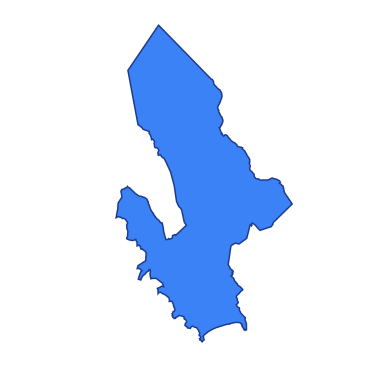 the district of Fljótsdalshérað, Austurland, Iceland, rotated 126°
{"feature_id": "244011B83679589752148", "entity_name": "Fljótsdalshérað", "entity_type": "district", "adm_level": 2, "iso_a3": "ISL", "parent_name": "Iceland", "parent_adm1": "Austurland", "projection": "albers", "projection_center": [-14.894, 65.096], "detail": "fine", "context": "isolated", "style": "filled", "palette": "blue", "viewbox_px": 384, "rotation_deg": 126, "n_neighbors": 0, "source": "geoboundaries", "source_scale": "gbopen_adm2", "svg_char_len": 6031}
<svg xmlns="http://www.w3.org/2000/svg" viewBox="0 0 384 384"><g transform="rotate(126 192 192)"><path d="M135.2,120.1L134.8,120.6L133.7,121.8L133.7,123.9L133.4,124.7L133.6,125.7L133.6,126.3L133.1,126.5L132.2,126.3L131.6,127.5L131.6,128.7L132.1,131.5L133.2,133.7L133.3,135.0L133.5,135.3L134.1,135.8L136.0,136.6L138.0,137.9L140.4,141.5L142.1,143.4L142.4,144.6L142.2,145.8L143.4,147.3L143.6,147.8L143.5,148.5L143.2,149.4L143.2,150.4L142.9,150.9L141.4,151.9L141.1,152.3L140.9,153.5L140.9,154.0L140.4,155.0L140.4,156.6L139.9,158.5L139.2,159.0L136.6,160.3L135.2,162.6L133.7,162.8L133.1,163.6L131.8,164.4L130.7,166.8L130.1,168.9L129.0,170.5L128.7,171.7L127.9,173.1L127.5,176.4L126.6,176.9L126.6,177.3L126.9,177.6L126.7,178.1L128.0,180.8L128.3,182.1L127.4,183.7L127.4,184.4L127.1,185.4L127.2,186.9L127.6,188.5L127.4,189.2L127.5,190.6L127.1,192.1L126.7,192.7L126.7,193.9L125.7,196.7L125.7,197.6L125.9,198.3L126.5,199.0L128.2,199.3L127.8,200.8L127.2,201.7L127.8,202.4L126.8,202.7L126.0,204.7L125.4,205.3L125.2,205.8L124.5,206.5L124.0,207.9L122.9,207.3L120.0,207.6L117.5,208.2L115.8,209.1L113.7,212.1L113.7,212.8L113.3,213.9L112.3,215.5L111.5,217.4L110.3,218.2L110.1,218.6L110.1,219.2L108.6,220.9L108.0,221.3L102.8,222.0L100.7,222.8L99.1,223.1L96.9,224.0L94.5,226.3L93.0,229.4L93.2,230.5L93.1,232.4L92.5,234.7L92.3,236.3L91.6,238.1L90.1,239.4L89.4,240.8L89.0,241.9L89.4,243.0L76.7,317.1L131.3,315.3L169.2,275.3L169.3,270.4L169.9,268.7L169.9,268.1L169.3,265.9L168.2,262.4L168.2,262.0L169.6,261.4L170.4,259.2L171.9,257.0L173.4,255.5L172.3,254.8L172.8,253.4L172.7,252.8L172.9,252.6L173.5,251.8L175.0,251.2L176.3,249.7L177.5,248.8L177.7,248.1L177.6,247.6L177.0,246.6L176.7,245.3L177.7,243.4L180.1,242.7L181.3,241.8L182.1,240.8L180.5,239.6L180.5,239.0L181.3,237.3L181.4,236.0L181.3,234.4L181.6,233.3L188.3,221.2L197.3,210.1L208.8,198.9L211.0,195.1L211.5,193.9L211.8,192.1L212.5,189.9L220.8,180.7L222.3,177.0L236.6,179.7L236.6,180.0L236.4,180.6L236.5,180.8L238.7,182.1L240.9,180.9L242.5,181.7L243.4,182.6L243.2,183.0L243.3,183.4L243.8,183.3L244.5,183.7L245.9,185.1L241.0,191.3L237.4,194.7L234.5,198.0L235.2,198.8L235.3,199.1L235.0,199.7L235.2,200.0L234.4,201.8L234.3,202.6L234.5,203.4L234.3,203.7L234.4,204.0L233.9,206.2L233.9,206.8L233.3,207.3L233.4,207.8L233.2,208.6L232.9,209.3L232.9,209.6L232.5,209.9L232.1,210.6L232.2,211.0L231.9,211.4L232.0,211.6L231.2,213.4L231.3,213.7L230.3,215.2L230.2,215.7L229.5,216.5L229.2,217.2L228.8,217.4L228.1,218.9L227.6,219.2L227.1,220.3L226.7,220.6L226.4,221.2L225.7,221.5L225.5,222.6L225.1,222.8L225.0,223.5L224.6,223.7L224.5,224.4L224.3,224.6L224.4,225.0L224.2,225.9L224.3,226.2L224.3,227.1L224.7,227.9L224.7,228.1L224.9,228.4L224.9,229.0L225.2,229.6L225.4,230.7L226.3,232.2L226.4,232.8L226.5,236.9L225.4,244.5L225.4,245.0L225.7,246.2L225.5,247.4L226.0,247.2L228.7,248.6L229.1,248.5L231.3,250.3L233.2,249.9L237.2,245.7L244.3,245.3L249.0,242.3L257.4,238.3L255.8,237.6L255.2,236.8L254.2,234.1L254.4,232.8L253.4,231.5L253.2,230.9L253.3,229.5L254.7,225.9L257.3,225.4L258.5,224.1L259.7,223.4L260.6,221.9L261.7,220.6L266.0,218.0L267.2,217.9L268.1,217.5L268.1,216.4L267.9,215.5L266.6,212.2L265.7,211.0L263.3,209.6L264.2,208.7L265.0,206.9L267.9,204.7L266.7,204.2L266.1,202.5L268.2,199.7L268.0,199.2L267.3,198.9L267.5,197.8L267.4,197.1L267.6,196.2L267.4,195.0L268.1,193.4L274.8,189.1L283.4,192.4L286.2,191.3L284.9,189.9L285.1,186.1L286.5,186.5L289.3,185.9L294.1,184.2L293.3,181.7L289.6,182.6L285.3,181.6L283.9,181.7L280.8,180.5L280.5,180.9L280.1,181.1L279.4,180.5L280.7,178.9L283.0,177.8L284.1,176.8L286.4,174.3L285.6,173.7L283.0,170.4L283.0,167.2L283.2,162.2L283.3,162.0L285.3,159.2L285.5,159.5L285.7,160.7L286.0,161.2L288.2,162.0L290.3,163.4L291.2,162.0L294.0,159.8L293.1,159.8L291.6,158.7L291.5,158.2L291.6,156.6L290.9,153.1L291.2,148.3L292.9,146.6L293.9,146.1L292.6,144.6L292.2,143.9L292.9,142.8L293.7,141.2L295.5,139.3L296.6,137.2L297.1,137.0L297.5,136.5L298.9,136.2L299.3,136.4L299.6,136.9L300.0,137.0L301.3,136.4L302.2,136.6L302.5,135.7L303.8,135.4L303.9,134.5L304.7,133.7L304.4,132.8L304.5,132.0L304.7,131.9L304.2,131.5L303.8,131.0L303.2,131.3L302.4,131.2L301.8,130.9L301.4,130.3L300.2,130.3L299.4,129.6L298.3,127.1L297.7,125.3L298.2,124.5L299.2,123.9L299.1,121.9L299.5,120.8L299.9,120.3L300.3,120.0L302.1,120.1L303.8,119.5L304.1,119.2L304.2,118.6L303.9,117.1L304.5,116.2L304.6,115.7L304.1,114.9L303.7,113.7L303.3,113.2L301.4,113.4L300.2,112.6L300.0,111.9L299.8,110.4L299.0,108.3L299.6,107.1L299.8,105.9L301.1,103.9L301.4,102.9L302.5,102.4L303.7,102.2L303.9,101.7L303.8,100.3L305.4,99.1L306.3,99.6L306.6,98.9L307.1,98.7L306.8,97.4L307.3,95.8L305.9,95.7L304.9,95.3L304.3,95.4L303.8,96.4L302.8,97.1L302.7,97.5L302.4,98.0L301.8,97.9L301.3,98.3L295.9,96.9L291.9,95.2L287.6,92.8L279.3,86.6L277.0,84.5L276.9,84.0L275.3,83.2L272.3,80.5L270.3,77.9L269.6,76.4L269.5,75.5L269.7,75.1L269.5,74.9L269.5,74.4L270.0,74.0L269.9,73.8L270.1,73.6L270.3,73.5L270.3,73.2L270.7,73.0L270.7,72.6L271.4,72.3L271.4,72.1L271.2,71.9L271.4,71.7L271.9,70.5L272.2,70.3L272.3,70.6L272.3,70.1L272.1,69.9L272.6,69.4L272.3,69.3L272.3,68.7L272.8,67.7L271.5,66.9L266.5,70.6L264.0,74.3L262.9,74.6L262.3,75.1L261.8,79.1L261.4,80.2L261.3,81.3L259.4,84.6L258.5,85.0L257.9,85.7L257.9,86.0L258.2,86.9L258.2,87.6L257.2,90.0L255.5,89.5L254.2,89.7L253.2,91.3L251.7,92.8L251.1,94.4L249.5,94.9L246.5,94.3L242.7,94.0L241.6,93.4L241.1,93.6L240.9,94.2L240.7,95.5L240.4,96.6L240.4,98.1L240.6,100.1L239.6,101.3L239.5,101.5L239.7,102.7L239.0,103.8L239.0,104.9L238.8,105.4L237.4,107.4L236.9,111.2L235.6,110.6L235.0,110.9L234.3,110.8L234.0,111.3L234.2,111.7L234.0,112.0L233.3,111.6L233.0,112.2L232.6,112.4L232.3,112.0L232.0,112.1L231.5,113.2L231.8,114.1L231.5,115.3L231.6,116.2L230.9,116.8L229.5,120.0L213.0,128.7L211.7,128.6L208.6,127.3L208.0,126.8L207.3,125.6L206.4,123.4L197.3,120.5L184.6,125.6L184.2,124.2L184.3,123.9L183.8,124.0L184.0,124.4L183.7,125.0L181.9,125.1L181.7,124.9L181.5,122.2L183.1,114.5L173.4,107.5L170.5,107.6L170.0,108.0L168.8,108.3L142.8,103.9L138.2,116.6L135.3,120.2L135.2,120.1Z" fill="#3b82f6" stroke="#1e3a8a" stroke-width="1.5"/></g></svg>